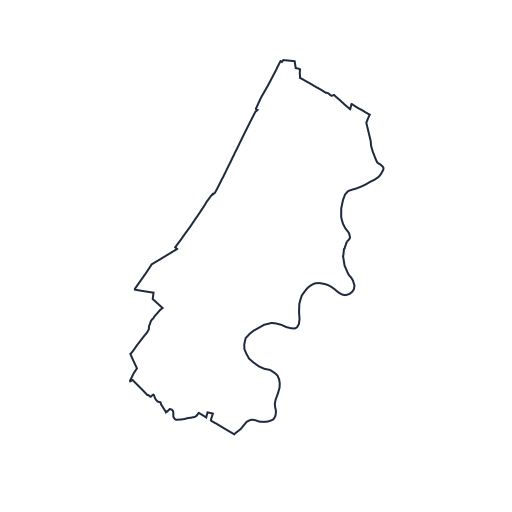 Tamaseni, Neamt, Romania (Albers equal-area conic projection), rotated 53°
{"feature_id": "2599482B76925669671751", "entity_name": "Tamaseni", "entity_type": "district", "adm_level": 2, "iso_a3": "ROU", "parent_name": "Romania", "parent_adm1": "Neamt", "projection": "albers", "projection_center": [26.944, 47.0], "detail": "fine", "context": "isolated", "style": "outline", "palette": "slate", "viewbox_px": 512, "rotation_deg": 53, "n_neighbors": 0, "source": "geoboundaries", "source_scale": "gbopen_adm2", "svg_char_len": 5404}
<svg xmlns="http://www.w3.org/2000/svg" viewBox="0 0 512 512"><g transform="rotate(53 256 256)"><path d="M383.3,360.5L383.6,359.0L385.0,356.9L387.1,355.1L390.4,352.9L393.2,349.5L395.2,346.5L396.4,343.0L396.9,340.7L396.3,338.5L395.2,336.6L394.0,335.3L391.9,333.4L387.7,331.4L385.3,329.9L382.4,326.6L378.9,321.1L375.3,316.4L372.0,313.7L368.5,311.8L364.4,310.8L362.1,311.1L359.7,311.8L355.4,313.4L351.0,317.3L345.9,320.1L339.5,322.1L333.8,323.3L328.2,322.5L323.4,321.3L319.4,318.5L315.4,313.7L314.3,307.7L314.2,302.9L315.1,296.5L315.8,290.9L317.4,287.3L318.8,283.9L321.8,280.7L326.2,277.2L331.1,274.5L334.9,271.4L337.3,268.5L337.6,266.0L336.2,262.8L332.6,259.2L326.7,255.4L320.3,250.2L317.1,246.1L315.1,243.2L313.6,238.3L312.7,235.0L312.4,231.7L312.6,229.0L312.8,227.5L313.1,226.1L313.8,224.5L315.1,222.6L316.5,220.9L320.6,217.3L322.9,215.8L326.3,214.3L329.9,213.2L332.8,212.6L335.8,211.7L338.5,210.4L340.1,209.2L341.2,207.9L341.8,206.4L342.6,203.8L342.4,200.3L341.3,197.6L338.8,195.1L334.8,193.7L334.2,193.4L330.6,193.0L327.0,193.3L323.8,192.7L320.8,191.9L320.2,191.8L317.1,191.1L309.7,187.2L309.3,186.9L308.6,186.8L307.7,185.5L303.4,181.6L303.3,180.6L302.1,179.2L301.2,177.7L299.8,175.7L299.1,173.9L298.9,172.2L298.4,170.7L297.8,169.8L296.2,169.0L295.1,168.5L293.6,168.0L292.8,167.9L287.8,168.0L286.2,167.8L282.5,167.1L278.2,165.5L275.7,164.2L269.3,159.3L266.2,155.8L263.5,152.6L260.5,147.9L260.0,145.6L259.7,143.8L259.8,142.6L260.7,139.8L262.6,134.8L263.9,130.1L264.8,125.9L265.5,120.0L266.4,115.4L266.5,113.3L266.6,110.3L265.8,107.1L265.2,105.7L264.5,104.2L263.8,102.6L263.0,101.7L262.3,101.2L261.5,101.0L260.9,101.0L257.7,101.6L256.2,102.3L254.4,102.9L250.9,102.2L242.4,99.8L240.4,99.0L238.3,98.2L236.5,97.3L233.4,95.3L217.1,88.2L215.8,87.6L215.5,87.0L215.2,86.4L214.7,85.6L214.3,85.1L213.9,84.3L213.7,84.0L213.5,83.6L213.0,82.8L212.5,81.8L211.6,80.1L211.0,80.4L210.1,80.8L207.3,82.0L205.5,82.7L203.5,83.5L201.9,84.2L200.9,84.7L199.7,85.3L199.1,85.5L198.5,85.8L197.8,86.0L196.6,86.5L195.1,87.0L194.3,87.3L193.8,87.5L193.5,87.6L192.5,88.0L192.2,88.1L192.1,88.3L194.3,91.0L195.5,92.5L195.3,92.6L195.1,92.6L191.0,93.5L190.8,93.6L187.9,94.2L186.1,94.4L184.7,94.8L183.2,95.0L181.1,95.4L178.6,96.0L177.4,96.2L176.1,96.5L175.1,96.6L174.4,96.7L173.6,99.2L171.5,100.0L170.6,100.1L169.3,100.5L168.5,101.1L167.7,101.7L167.5,102.1L165.4,102.9L163.4,103.6L163.2,103.7L160.8,104.7L159.3,105.4L159.2,105.4L159.2,105.5L157.8,106.1L153.0,108.1L150.5,109.1L148.9,109.8L147.9,110.3L147.2,110.5L146.7,110.8L146.3,111.0L145.7,111.2L145.4,111.4L143.8,112.0L142.1,112.8L140.8,113.4L140.2,113.7L139.9,113.3L136.3,111.0L133.4,108.5L131.7,109.5L129.8,111.2L123.7,107.9L120.4,111.4L119.8,112.1L119.3,112.6L117.4,114.7L116.9,115.3L116.4,115.9L116.0,116.2L116.6,118.6L115.5,118.9L115.1,119.1L118.3,125.8L119.2,127.3L124.8,139.1L127.2,144.3L129.8,150.3L132.3,156.2L133.2,158.0L135.2,161.7L135.8,162.7L138.3,167.4L138.5,167.5L138.9,167.6L139.3,167.6L139.6,167.5L140.0,167.2L140.3,167.0L140.4,167.4L140.4,169.6L141.6,172.1L145.8,180.7L152.7,194.6L155.4,199.8L155.6,200.3L157.3,203.5L159.0,206.9L161.0,211.1L161.9,212.5L162.9,214.7L165.3,219.2L167.1,222.9L169.3,227.2L171.8,232.1L173.1,234.6L173.7,236.0L174.3,237.3L176.3,241.3L177.5,243.7L179.1,247.0L180.4,249.9L180.8,250.9L180.9,251.3L180.9,251.6L180.5,252.8L180.3,253.1L180.4,253.3L180.5,253.5L180.9,253.6L180.9,253.9L180.7,254.8L180.8,255.4L182.0,259.3L183.0,262.8L183.7,264.4L185.2,268.3L186.3,271.4L187.3,274.2L188.5,277.7L188.8,278.5L189.2,279.7L189.5,280.9L192.9,290.6L195.9,300.6L197.8,306.3L200.4,315.3L202.9,314.8L202.9,315.0L202.5,319.0L200.9,334.9L200.0,343.1L199.9,344.5L201.2,347.8L203.5,354.4L206.6,364.1L207.9,368.1L208.1,368.7L208.4,369.6L208.7,370.6L209.1,371.8L209.4,372.6L209.9,373.0L210.0,373.0L218.1,365.3L222.2,361.3L223.6,359.9L228.2,364.4L233.3,363.4L238.2,362.5L241.3,361.9L241.4,365.1L241.9,367.5L242.3,369.1L242.5,370.4L242.8,372.1L243.4,374.1L244.0,375.6L244.1,377.2L244.5,378.6L244.9,379.4L245.6,380.5L246.4,381.4L246.8,382.2L247.3,383.1L247.7,383.6L248.2,384.2L249.0,384.7L250.0,385.7L251.6,389.1L252.6,393.6L253.2,395.9L255.7,404.9L257.4,410.1L258.5,414.1L258.6,415.3L263.2,416.4L274.1,418.7L276.1,424.4L279.9,431.8L280.4,431.9L280.8,429.2L288.7,428.1L298.4,426.8L301.5,426.5L301.7,426.4L301.9,426.1L302.1,425.8L302.4,425.6L302.9,425.5L304.1,425.3L304.8,425.1L305.0,424.9L305.0,424.5L304.8,422.2L304.8,421.8L305.0,421.4L305.3,421.3L305.9,421.3L306.7,421.5L307.5,421.8L308.4,422.1L309.0,422.2L310.3,422.4L311.2,422.4L312.0,422.2L312.7,422.2L313.1,422.1L313.5,421.9L314.2,421.3L314.8,420.7L315.2,420.4L315.5,420.3L315.8,420.4L316.5,420.8L317.2,421.1L317.9,421.1L319.1,421.2L320.9,421.4L323.7,421.6L325.9,421.8L326.6,422.0L326.4,420.7L326.8,420.5L326.3,417.0L326.7,416.7L327.4,416.1L328.4,415.6L329.8,415.6L331.4,416.3L333.2,417.7L334.4,418.6L335.4,418.9L336.5,418.9L337.2,418.9L337.8,418.8L338.2,418.7L338.7,418.4L339.4,417.4L339.8,416.7L340.6,415.6L341.5,414.2L342.8,411.9L343.5,410.4L343.8,409.4L344.3,408.3L344.6,407.5L345.2,406.6L345.9,405.5L346.4,404.4L346.9,403.3L347.5,402.2L347.7,401.2L347.9,399.8L347.5,398.9L347.6,398.7L347.4,398.1L347.0,397.0L346.9,396.1L354.4,393.1L355.0,392.9L354.0,391.7L351.7,388.8L355.9,385.3L359.1,389.8L360.2,391.0L360.9,390.8L364.4,389.4L365.4,388.8L367.4,388.0L373.2,385.7L378.8,383.4L385.3,380.7L385.1,379.2L385.0,372.3L384.0,368.4L382.8,363.2L383.3,360.5Z" fill="none" stroke="#1e293b" stroke-width="2"/></g></svg>